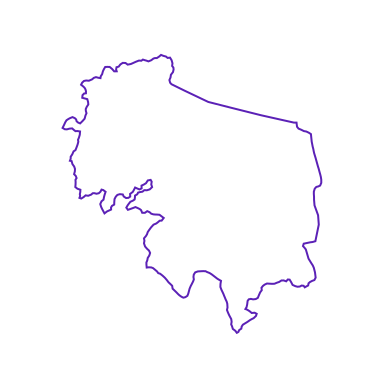 the district of Joinville, Santa Catarina, Brazil, rotated 15°
{"feature_id": "56859067B35489992852135", "entity_name": "Joinville", "entity_type": "district", "adm_level": 2, "iso_a3": "BRA", "parent_name": "Brazil", "parent_adm1": "Santa Catarina", "projection": "orthographic", "projection_center": [-48.986, -26.263], "detail": "fine", "context": "isolated", "style": "outline", "palette": "violet", "viewbox_px": 384, "rotation_deg": 15, "n_neighbors": 0, "source": "geoboundaries", "source_scale": "gbopen_adm2", "svg_char_len": 4956}
<svg xmlns="http://www.w3.org/2000/svg" viewBox="0 0 384 384"><g transform="rotate(15 192 192)"><path d="M323.9,207.6L322.9,190.7L319.8,181.8L313.8,173.2L311.9,167.9L311.1,165.0L310.2,162.4L309.6,160.1L309.7,157.0L310.8,154.9L312.6,153.9L314.1,152.6L314.5,149.7L313.7,146.7L312.6,144.2L311.4,142.0L310.1,139.8L308.2,136.5L307.1,134.8L303.5,128.7L302.5,127.0L300.0,123.0L299.1,121.3L298.0,119.0L296.8,116.9L294.6,112.4L292.8,107.7L291.9,105.3L289.5,104.5L286.8,104.0L284.3,104.2L281.4,103.6L278.5,103.2L276.6,101.8L275.7,99.7L275.0,97.9L272.3,98.6L238.6,100.0L207.9,100.5L184.4,100.8L158.4,96.0L144.3,93.2L142.6,92.1L141.2,89.7L141.6,87.0L141.3,84.2L142.6,81.1L142.5,78.4L141.8,76.6L140.2,75.4L139.8,72.7L138.2,70.0L136.0,67.9L133.7,68.8L131.8,67.9L129.1,67.9L126.6,67.6L125.1,69.8L123.4,71.7L121.6,72.2L120.2,73.1L118.5,75.3L116.1,77.1L113.9,76.9L112.0,76.9L110.3,76.8L109.1,78.3L106.7,78.8L104.1,80.7L101.8,82.6L99.8,84.2L96.9,85.6L94.4,84.6L91.7,85.2L89.8,87.3L88.7,89.9L86.8,91.0L87.0,93.3L88.0,94.9L85.6,95.6L83.1,93.9L80.1,92.5L77.7,93.1L75.8,93.7L75.1,96.2L74.7,98.5L74.7,101.4L73.9,103.8L74.1,105.7L72.0,105.9L69.5,105.9L67.6,107.2L66.3,109.1L63.6,111.2L60.9,111.7L58.9,112.7L57.6,114.8L57.1,117.1L59.6,118.2L61.2,119.1L62.5,120.4L63.5,122.1L64.0,124.1L62.3,124.8L61.2,126.8L61.6,129.4L63.8,129.4L66.8,129.4L68.3,131.9L69.2,134.3L68.3,136.9L67.9,139.4L68.5,141.2L69.7,143.2L69.3,145.6L69.3,149.0L68.0,151.6L66.2,154.7L64.0,154.4L62.2,153.5L61.3,151.9L59.7,151.0L57.2,150.6L55.2,152.1L53.8,153.4L52.2,155.2L51.5,157.6L51.1,160.1L50.4,163.6L52.9,164.3L54.9,163.9L57.3,162.5L59.8,161.6L62.0,162.7L63.7,163.4L65.4,162.8L68.2,162.5L68.8,165.8L68.7,168.9L68.4,171.1L69.2,172.9L69.2,175.9L68.9,179.1L68.6,181.7L67.1,183.4L66.6,186.6L65.7,189.3L66.2,191.4L66.0,193.4L67.7,193.3L69.3,196.0L71.6,197.9L73.0,200.0L73.5,202.4L73.5,205.3L75.5,206.5L76.9,208.4L76.3,210.4L77.0,212.5L77.6,215.0L78.0,217.4L80.5,218.5L83.6,218.7L84.1,221.0L84.2,223.1L85.0,224.8L84.8,226.8L86.7,227.0L88.6,225.0L90.1,222.8L92.7,222.5L95.3,220.6L96.4,218.9L98.1,218.4L100.2,218.4L102.3,217.3L103.5,215.4L104.0,213.1L105.8,213.1L108.5,214.2L108.3,217.1L108.3,219.6L108.5,222.3L107.0,224.4L106.5,227.4L108.1,229.9L109.6,231.7L111.2,233.4L113.0,235.3L115.0,232.7L117.1,231.0L118.4,229.9L117.8,227.9L118.3,226.1L120.1,224.3L119.5,221.7L119.0,218.9L119.6,216.2L120.7,214.1L122.8,212.8L125.8,212.3L127.2,214.0L129.9,214.9L132.1,214.1L133.5,212.4L132.7,209.9L134.8,207.2L135.4,204.8L135.9,202.4L138.3,202.8L140.6,203.1L142.4,201.6L141.6,198.9L143.4,197.4L145.3,195.4L146.3,192.3L148.9,191.0L150.4,192.5L150.7,195.2L152.2,197.6L150.5,200.4L148.0,202.0L145.4,202.6L144.1,204.5L141.9,205.5L140.1,206.5L139.7,208.4L137.9,210.2L138.3,212.2L138.5,214.1L137.2,215.6L135.0,217.4L134.0,219.7L133.3,221.5L132.6,224.1L134.7,225.8L137.1,224.2L139.1,222.8L141.3,221.2L143.9,221.6L145.9,222.0L147.5,222.7L149.3,225.0L151.9,224.3L153.7,222.1L156.3,222.5L158.2,223.5L160.4,223.6L162.2,223.3L164.3,222.8L166.5,222.4L168.7,223.3L171.4,224.4L170.1,227.5L168.2,228.1L167.2,229.6L165.7,231.6L163.3,233.5L161.6,236.8L160.4,239.9L159.6,242.2L159.5,244.4L158.9,246.5L157.6,249.2L158.7,251.5L158.9,254.0L160.8,256.8L163.3,258.5L165.6,259.7L167.3,261.7L167.2,264.4L166.3,267.2L166.5,269.5L166.2,271.9L166.8,274.0L167.8,276.7L169.8,275.9L172.2,275.4L174.1,275.6L176.5,276.7L178.8,277.8L180.4,279.1L182.4,279.2L185.2,280.4L187.9,281.8L190.4,283.5L192.7,285.3L194.6,286.3L197.1,287.7L198.3,290.4L201.4,292.1L203.0,293.0L204.8,294.1L206.5,295.0L208.9,295.9L211.0,296.3L212.8,295.3L214.4,293.5L214.7,291.2L214.7,288.8L214.7,286.0L215.1,283.2L215.6,281.0L216.2,278.1L216.4,275.9L215.4,273.7L215.1,271.3L215.9,268.8L218.2,267.2L220.9,266.3L223.1,265.6L225.6,265.0L227.3,265.4L229.9,265.7L232.2,266.4L233.9,267.1L236.3,268.1L238.9,269.2L241.0,269.8L243.0,270.3L243.3,273.4L244.0,276.4L245.8,278.9L247.1,280.4L248.7,282.3L249.8,283.8L250.9,285.2L252.4,287.2L253.8,288.8L255.0,290.8L256.2,294.4L256.3,296.9L258.0,299.2L259.8,301.4L261.1,302.8L262.8,304.6L263.9,307.2L264.1,309.7L265.4,311.3L266.9,313.7L269.7,314.8L271.7,316.4L273.0,315.2L273.3,313.2L275.0,311.2L274.8,309.1L275.5,307.0L277.3,305.1L279.2,303.1L281.1,300.8L282.5,299.4L284.2,297.9L285.9,295.1L286.0,292.9L283.7,292.4L281.0,293.4L278.4,292.2L275.8,291.4L273.9,291.2L274.5,289.1L274.4,286.3L273.9,282.8L274.6,281.0L276.5,280.0L278.8,279.9L281.3,278.9L283.0,277.2L283.3,274.6L283.8,271.3L284.8,268.8L283.9,266.5L284.8,264.4L286.1,262.7L288.1,261.0L291.1,260.4L293.8,259.8L295.5,259.2L297.4,257.7L299.5,256.3L301.3,254.3L303.4,253.7L306.1,253.9L307.2,251.7L309.0,251.4L311.1,253.4L313.2,255.7L316.1,256.2L318.4,256.2L320.6,255.4L322.1,254.0L324.1,253.7L325.6,254.9L326.9,253.6L328.4,252.2L328.2,250.1L329.2,248.5L331.0,246.8L333.0,245.4L333.6,242.7L331.6,237.8L329.3,233.7L327.7,231.7L325.8,230.0L321.8,226.2L318.4,220.6L316.8,218.0L315.2,216.8L313.2,215.5L313.3,213.0L319.2,210.0L321.4,209.1L323.9,207.6Z" fill="none" stroke="#5b21b6" stroke-width="2"/></g></svg>